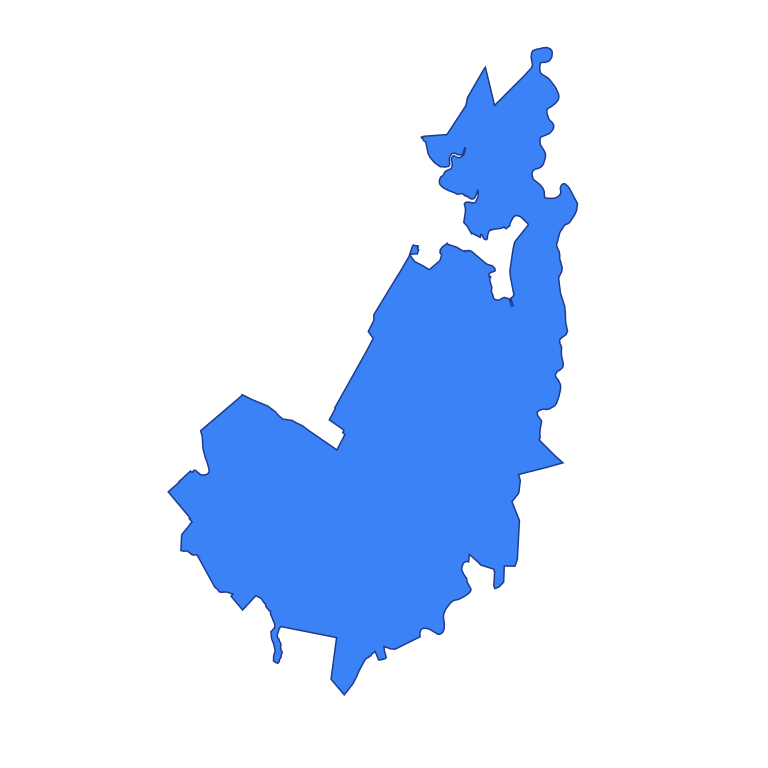 Gruiu, Ilfov, Romania (Natural Earth projection), rotated 78°
{"feature_id": "2599482B32768911582829", "entity_name": "Gruiu", "entity_type": "district", "adm_level": 2, "iso_a3": "ROU", "parent_name": "Romania", "parent_adm1": "Ilfov", "projection": "natural_earth1", "projection_center": [26.214, 44.706], "detail": "fine", "context": "isolated", "style": "filled", "palette": "blue", "viewbox_px": 768, "rotation_deg": 78, "n_neighbors": 0, "source": "geoboundaries", "source_scale": "gbopen_adm2", "svg_char_len": 6158}
<svg xmlns="http://www.w3.org/2000/svg" viewBox="0 0 768 768"><g transform="rotate(78 384 384)"><path d="M105.8,174.5L111.4,182.4L134.5,217.9L95.3,219.0L96.6,220.6L121.1,242.7L128.7,246.0L153.1,270.6L150.2,292.0L150.0,294.4L150.3,296.2L151.2,296.1L151.5,294.9L153.8,294.8L156.2,292.9L168.0,292.9L172.0,291.8L178.1,288.5L183.3,283.7L183.3,282.4L184.4,279.8L184.6,275.5L183.1,274.1L177.0,273.3L174.4,271.5L172.6,269.4L172.9,267.5L173.4,266.1L175.0,264.4L176.0,260.6L175.7,259.4L174.5,258.4L169.8,255.9L170.2,255.2L174.9,257.3L176.2,258.3L177.7,260.8L178.3,263.3L177.7,265.1L175.4,267.9L175.1,268.7L176.2,270.3L178.3,271.6L182.0,271.4L184.7,272.0L187.3,273.4L188.3,278.4L189.0,280.1L192.4,283.0L193.4,285.6L196.5,287.6L198.1,287.9L200.4,287.8L201.6,287.2L204.7,284.9L208.0,280.9L211.5,275.4L213.6,273.0L214.0,267.8L215.4,266.4L216.2,266.9L215.5,266.3L216.0,265.8L216.9,266.2L216.2,265.7L216.7,265.1L217.5,265.7L216.8,264.9L218.1,263.6L217.9,263.4L220.6,260.9L221.5,259.5L221.3,257.5L220.7,256.4L215.0,252.5L214.0,252.4L214.3,251.7L220.2,253.0L225.4,256.8L225.5,258.7L223.8,263.2L223.2,265.8L223.9,267.4L224.9,268.1L228.3,267.8L231.7,268.3L242.6,272.4L246.7,269.9L255.0,267.2L254.6,266.9L260.6,259.4L260.5,259.0L257.9,258.4L257.7,257.7L258.8,257.0L262.2,256.3L263.3,255.5L264.2,253.7L263.1,252.5L261.6,252.4L257.3,250.3L255.6,248.4L255.3,247.4L255.7,247.4L255.5,243.1L256.0,238.7L255.9,235.8L255.3,234.2L257.5,232.3L256.0,229.6L255.6,228.2L253.0,227.2L248.7,223.8L247.1,221.9L246.7,220.1L247.2,218.2L248.7,215.7L257.0,210.0L258.5,209.9L272.2,226.6L278.1,229.4L299.3,237.3L306.0,238.1L323.9,238.4L325.5,240.0L326.4,242.3L334.1,241.3L334.4,243.0L327.6,243.6L326.6,244.1L324.3,248.3L324.8,251.2L325.8,253.4L325.8,254.9L324.3,258.0L322.9,259.0L319.6,259.0L316.5,259.8L311.7,258.5L304.0,259.0L301.4,257.3L300.7,257.9L300.6,259.0L298.6,258.7L297.1,256.5L296.8,252.9L296.3,251.7L294.0,251.5L291.0,253.4L288.5,257.9L286.7,259.8L272.3,270.9L270.7,274.0L271.4,274.4L270.4,277.0L271.3,277.3L268.9,280.7L265.3,284.4L260.7,292.5L259.5,292.7L262.1,298.6L264.7,301.3L266.4,301.3L266.7,302.0L269.9,300.9L274.9,303.6L281.6,315.9L275.9,322.0L270.9,328.3L262.9,332.1L264.4,332.9L278.6,345.9L280.9,348.1L280.4,348.7L281.0,348.3L314.1,379.5L319.7,380.7L329.4,388.5L337.1,385.1L347.9,394.0L397.1,437.1L397.8,436.5L407.7,445.0L420.9,432.7L423.0,434.5L425.2,432.7L438.7,443.8L412.5,468.6L408.2,472.2L403.4,478.3L400.6,481.3L397.2,490.4L392.6,493.9L388.6,496.0L381.4,502.3L371.6,516.6L364.9,525.0L366.1,526.0L391.6,573.1L397.5,572.7L409.7,574.5L418.9,574.1L423.8,573.3L431.2,572.9L433.1,573.2L434.9,574.5L435.6,576.5L435.6,579.1L434.7,582.1L429.3,586.4L428.9,588.0L430.7,590.1L428.9,591.4L436.9,604.9L437.4,604.6L444.6,617.5L474.7,601.6L475.2,602.5L479.0,600.4L479.1,601.0L483.6,605.9L488.7,612.6L490.5,613.6L504.7,617.3L505.9,614.8L506.4,611.1L511.2,607.2L511.8,605.4L512.2,602.4L548.0,591.6L549.8,589.7L553.0,588.4L553.7,587.0L554.8,581.1L558.2,575.4L559.8,577.7L575.7,569.3L564.4,553.3L568.2,548.8L574.3,546.2L574.6,545.5L575.4,545.3L576.4,545.9L577.7,545.5L582.0,543.3L582.4,542.3L585.3,542.8L595.8,540.9L598.4,541.1L600.2,542.4L602.8,546.1L609.5,546.9L615.6,545.9L622.7,546.0L626.9,548.4L631.9,549.7L634.1,547.7L634.1,547.2L635.1,546.2L634.8,545.3L633.5,543.9L632.6,544.1L631.8,543.6L630.0,541.5L628.0,541.0L625.2,539.3L621.3,540.2L617.5,539.0L615.9,539.0L613.6,539.8L611.4,539.8L610.3,540.7L607.9,540.9L601.8,537.5L599.8,535.4L622.2,483.1L661.8,497.2L679.8,487.5L670.9,476.9L664.6,471.7L658.8,467.6L649.6,459.7L648.6,457.8L647.9,455.1L647.1,454.1L647.2,453.4L645.6,452.1L643.8,448.2L652.6,446.7L653.1,445.9L653.0,440.1L651.9,438.6L644.9,439.1L640.9,438.6L643.0,434.8L644.3,433.1L645.7,428.3L638.8,401.3L635.5,400.8L632.8,399.6L631.5,398.0L631.1,396.5L631.5,394.4L633.1,390.7L640.0,383.2L640.4,381.5L639.3,378.3L636.5,376.3L633.6,375.4L630.3,374.7L625.1,374.5L621.0,373.3L616.9,370.2L612.3,364.9L610.8,362.5L610.2,360.4L610.2,355.9L608.8,350.5L606.6,345.0L605.0,342.7L603.3,341.7L601.8,341.8L595.4,343.8L590.8,343.6L590.0,344.3L586.2,345.7L582.0,346.6L579.3,345.9L576.0,343.8L574.9,342.1L574.7,341.0L575.0,338.8L575.6,338.2L568.4,335.9L578.1,328.8L581.2,327.0L588.2,314.7L590.2,315.2L590.5,314.8L604.6,318.6L607.2,318.0L606.3,313.4L602.6,308.1L587.0,304.2L589.4,293.7L583.2,290.0L545.7,279.9L525.7,283.3L519.5,275.7L518.1,274.6L506.7,270.7L500.5,271.2L499.4,242.4L498.3,225.3L489.9,231.6L470.8,244.0L469.4,242.5L464.5,241.8L460.9,240.7L453.0,237.5L446.5,240.3L443.2,240.0L441.9,236.7L441.7,233.3L442.7,230.6L442.8,227.6L440.9,221.7L439.1,219.6L437.2,218.3L432.0,215.2L426.6,212.8L423.6,211.8L421.2,211.6L416.3,212.7L413.4,214.3L411.2,214.6L409.9,214.0L408.0,212.2L406.3,207.8L404.9,205.8L403.3,204.8L401.2,204.4L393.8,204.5L389.0,203.8L385.4,202.7L382.9,202.9L381.3,203.5L378.1,203.2L377.0,202.7L375.9,201.1L373.4,195.5L370.5,193.5L361.3,193.5L352.1,191.8L345.5,191.1L331.7,192.5L317.1,191.2L315.4,190.4L311.0,186.8L307.1,185.5L297.8,186.1L295.2,185.4L291.1,185.1L287.7,186.0L283.9,186.4L272.4,180.5L266.1,174.3L265.3,170.3L263.9,168.1L257.8,162.0L254.2,159.5L247.8,157.2L231.3,161.9L228.8,163.1L225.8,165.4L225.4,166.6L225.7,168.1L226.5,169.2L228.8,170.8L233.8,171.3L235.4,172.5L237.0,175.1L237.7,178.1L237.1,182.4L235.6,187.7L234.5,188.0L228.8,187.3L226.3,187.6L221.5,189.9L215.2,195.1L213.4,195.7L208.4,195.5L206.1,193.5L205.3,191.4L205.2,188.8L204.6,185.7L202.8,183.1L200.0,181.1L195.8,179.0L192.7,178.2L189.9,178.6L182.2,181.4L177.3,180.6L175.6,179.8L174.9,178.3L173.6,170.8L172.5,168.6L169.8,165.5L167.8,164.5L165.8,164.2L163.9,164.8L159.4,167.6L153.2,168.3L150.0,167.8L148.6,166.5L147.5,162.8L145.0,157.8L142.7,155.0L140.8,153.7L138.9,153.1L136.7,153.0L130.5,154.3L127.4,155.5L120.5,158.8L118.8,160.0L113.4,165.5L111.5,166.3L109.5,166.3L106.2,165.7L102.7,164.2L102.2,163.4L102.9,159.3L102.6,156.2L101.7,154.3L99.1,151.9L95.4,150.6L93.1,150.5L90.9,151.5L88.8,154.4L88.2,159.1L88.5,162.6L88.2,164.5L88.9,169.1L90.9,170.8L95.4,172.2L102.5,172.4L104.5,173.4L105.8,174.5ZM262.9,332.1L263.0,327.2L263.7,324.4L259.7,322.1L259.0,323.2L257.1,322.0L256.5,322.7L255.8,322.3L255.3,324.6L254.1,326.3L255.1,327.5L262.9,332.1Z" fill="#3b82f6" stroke="#1e3a8a" stroke-width="1.5"/></g></svg>